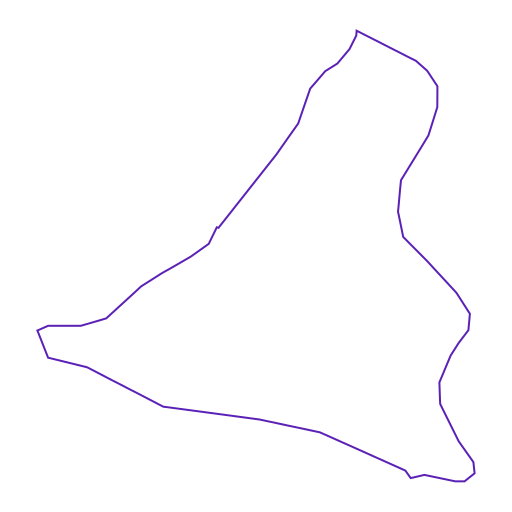 outline of Wee-Gbehyi-Mahn, Nimba, Liberia
{"feature_id": "62588387B71258849496296", "entity_name": "Wee-Gbehyi-Mahn", "entity_type": "district", "adm_level": 2, "iso_a3": "LBR", "parent_name": "Liberia", "parent_adm1": "Nimba", "projection": "mercator", "projection_center": [-8.856, 6.902], "detail": "fine", "context": "isolated", "style": "outline", "palette": "violet", "viewbox_px": 512, "rotation_deg": 0, "n_neighbors": 0, "source": "geoboundaries", "source_scale": "gbopen_adm2", "svg_char_len": 1173}
<svg xmlns="http://www.w3.org/2000/svg" viewBox="0 0 512 512"><path d="M468.4,330.2L469.9,313.8L456.5,292.9L448.5,284.2L437.5,272.3L426.9,260.8L408.2,242.0L403.2,236.9L398.8,215.3L398.0,211.6L398.3,209.0L398.8,203.7L400.0,190.2L401.0,180.2L421.7,146.5L428.4,135.5L432.7,121.9L437.3,107.1L437.4,90.5L437.4,86.2L427.6,71.4L427.0,70.6L415.9,60.8L407.9,56.8L385.5,45.4L356.6,30.7L356.3,35.5L349.5,49.1L337.4,63.5L335.7,64.6L325.3,71.1L315.5,82.5L311.4,87.2L310.2,88.6L303.2,108.9L298.2,123.5L287.5,138.6L282.9,145.2L282.3,146.0L276.3,154.6L270.4,162.0L269.8,162.8L249.9,188.0L218.5,227.8L216.8,227.3L209.2,242.9L208.8,243.8L190.8,256.6L168.5,269.5L165.0,271.4L161.2,273.6L141.1,286.4L135.1,292.0L106.2,318.4L85.3,324.5L80.8,325.8L48.1,325.8L37.4,330.5L48.1,357.7L87.2,367.3L111.4,379.9L124.1,386.4L128.7,388.8L134.8,391.9L163.3,406.7L165.0,406.9L249.1,418.1L259.5,419.5L286.7,425.3L315.5,431.4L319.8,432.3L346.7,444.3L374.4,456.7L405.4,470.6L405.8,471.2L410.7,478.1L424.4,474.9L455.1,481.3L464.6,481.3L474.6,473.3L473.4,462.1L458.7,441.3L440.2,404.0L440.0,400.1L439.4,382.4L441.7,376.9L450.6,355.6L458.7,342.9L468.4,330.2Z" fill="none" stroke="#5b21b6" stroke-width="2"/></svg>